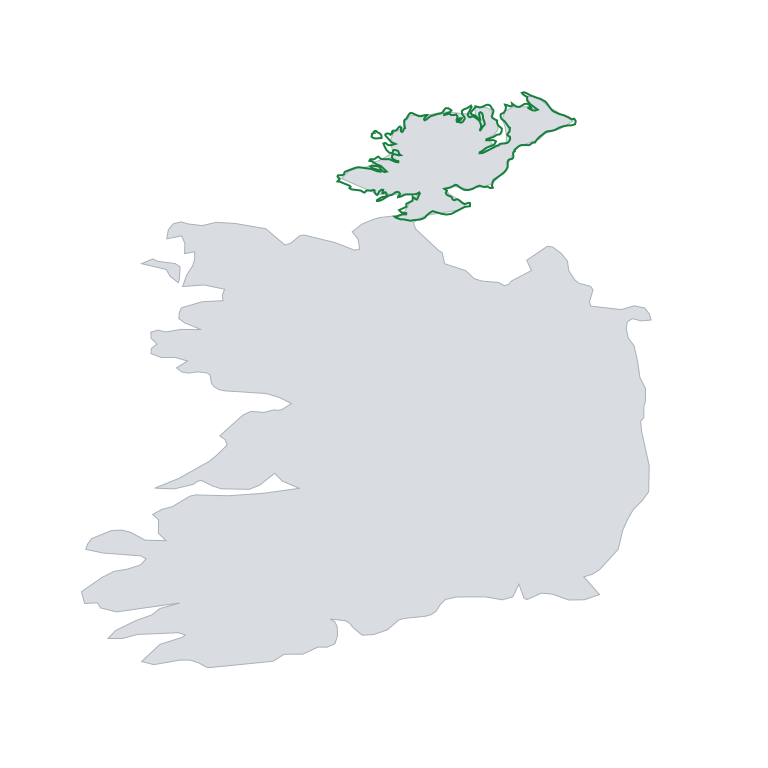 Donegal on a map of Ireland (Equal Earth projection), rotated 7°
{"feature_id": "IRL-729", "entity_name": "Donegal", "entity_type": "County", "adm_level": 1, "iso_a3": "IRL", "parent_name": "Ireland", "parent_adm1": "", "projection": "equal_earth", "projection_center": [-7.962, 54.925], "detail": "fine", "context": "in_parent", "style": "outline", "palette": "green", "viewbox_px": 768, "rotation_deg": 7, "n_neighbors": 0, "source": "natural_earth", "source_scale": "10m", "svg_char_len": 9638}
<svg xmlns="http://www.w3.org/2000/svg" viewBox="0 0 768 768"><g transform="rotate(7 384 384)"><path d="M508.0,122.3L488.5,132.1L485.4,135.8L480.0,150.9L479.4,155.2L467.1,171.9L460.2,175.4L449.8,178.1L444.0,180.8L436.6,179.4L427.2,179.6L422.5,182.6L422.7,184.9L425.5,187.6L442.9,195.3L441.9,198.6L437.0,202.2L405.9,211.3L396.6,216.7L393.4,220.4L396.7,226.4L421.6,244.6L425.8,246.6L429.5,257.2L451.4,261.6L460.4,268.3L468.2,269.9L485.0,269.3L491.8,271.8L495.6,269.9L497.8,266.4L516.5,253.4L510.6,243.8L529.5,227.3L534.8,227.6L543.7,232.6L551.1,239.6L553.5,248.9L560.5,257.3L565.0,260.2L577.1,261.9L580.0,265.2L577.9,277.4L579.8,281.5L610.6,281.2L622.9,275.9L633.5,276.8L638.9,282.3L641.3,287.9L632.1,290.0L622.5,288.9L617.9,292.6L617.7,299.7L621.0,308.9L627.5,315.5L632.8,330.2L637.3,346.6L644.1,356.5L645.6,368.8L644.7,374.8L646.0,385.7L643.3,389.6L645.5,399.8L657.2,432.8L659.8,458.7L654.4,468.4L647.0,477.7L642.3,488.6L638.7,500.4L636.6,519.5L620.7,541.9L613.8,547.5L605.9,551.0L623.5,566.7L609.3,573.7L593.7,575.9L576.4,572.0L565.6,572.5L552.0,580.6L548.9,579.2L542.3,566.2L537.7,579.6L527.7,583.8L510.7,582.9L482.2,586.5L471.3,590.3L466.7,596.2L463.4,603.1L458.9,607.2L453.9,609.3L431.9,614.4L427.5,616.4L417.3,627.6L404.0,634.0L392.9,636.0L383.0,629.5L379.0,625.6L374.4,623.6L359.3,623.9L364.1,625.9L367.1,630.5L368.6,639.3L366.9,647.9L359.4,652.2L350.5,653.1L336.4,662.0L317.8,664.4L307.7,672.7L246.0,686.6L242.5,686.8L234.0,683.3L224.8,681.7L215.6,682.8L189.7,690.6L177.3,689.0L193.4,669.7L214.9,659.9L217.2,657.2L210.2,655.9L169.5,662.7L155.3,668.5L141.1,670.2L147.8,661.3L166.2,649.3L182.0,641.3L188.9,634.2L208.1,626.2L146.2,642.8L130.0,640.8L126.2,636.1L113.6,638.3L109.0,627.1L127.9,610.2L138.9,602.9L151.9,599.0L164.4,593.3L169.1,586.4L163.3,584.2L126.0,586.0L108.2,584.5L109.3,579.1L112.7,573.0L131.3,562.7L141.3,561.0L150.2,562.0L165.9,568.1L186.8,566.1L178.2,559.6L176.8,546.2L170.2,541.7L178.8,535.5L188.6,531.7L205.1,518.9L210.9,517.0L243.2,513.9L278.0,507.1L312.5,497.9L294.8,492.7L286.4,485.9L272.7,499.7L262.9,505.0L235.3,507.8L226.5,506.2L214.3,501.9L210.4,503.6L206.8,506.9L188.5,513.7L169.2,515.3L191.7,502.8L220.3,481.8L226.7,475.1L235.8,463.6L233.0,458.5L227.3,455.5L248.0,431.8L255.2,427.5L268.3,426.8L278.0,423.1L282.2,423.1L286.0,421.7L294.5,414.6L281.5,410.1L268.1,407.8L226.6,410.2L221.2,409.7L216.0,407.5L212.7,404.4L210.3,396.4L207.3,394.6L197.9,394.6L188.7,397.0L182.3,396.8L176.0,393.3L186.2,385.1L173.2,383.1L160.0,384.8L149.1,382.3L148.8,377.1L153.9,372.0L147.4,367.2L146.2,361.0L153.2,358.0L160.7,359.0L176.2,354.5L195.9,352.3L179.1,347.8L172.4,344.0L172.1,338.1L173.6,333.1L193.2,324.6L214.1,320.9L212.7,315.3L214.2,309.3L193.2,307.6L172.3,311.8L174.7,300.3L179.8,289.9L180.9,283.1L180.0,275.8L170.2,278.9L169.2,268.6L165.1,261.6L150.7,266.4L151.2,257.1L155.4,250.6L163.0,247.8L170.4,249.0L184.3,248.9L197.7,244.0L217.0,242.8L247.7,244.3L268.7,258.1L274.2,255.6L282.7,246.9L286.7,245.9L318.5,249.7L338.2,254.7L343.5,253.2L340.7,243.5L333.9,236.8L342.5,228.1L352.9,222.1L359.8,219.2L375.8,215.5L382.8,212.1L387.5,200.8L394.9,191.5L354.8,196.3L316.7,185.3L322.8,177.5L330.8,173.0L344.7,169.6L346.1,165.6L353.1,162.2L364.7,153.3L360.5,141.7L362.8,133.2L371.2,127.7L373.8,119.8L377.5,114.0L394.4,111.9L410.7,106.5L435.7,105.8L442.2,108.0L440.7,98.4L452.5,97.2L457.1,99.1L459.2,105.8L464.5,110.2L466.2,117.7L462.6,123.5L456.6,127.9L462.1,132.5L453.6,140.8L462.8,137.3L475.9,129.2L475.2,122.6L472.9,114.2L469.3,106.7L470.9,98.5L478.3,93.3L497.5,90.7L489.6,81.4L496.6,80.5L504.3,82.5L515.6,89.8L539.6,100.0L527.9,109.1L513.6,115.4L508.0,122.3ZM168.1,304.1L167.5,308.6L158.4,303.0L154.0,296.9L128.7,294.1L139.3,288.0L144.4,289.8L162.3,290.0L167.3,292.6L168.1,304.1Z" fill="#d9dde1" stroke="#a8b0b8" stroke-width="1"/><path d="M504.5,125.8L502.1,126.4L501.0,127.4L500.1,128.4L499.0,129.2L491.2,130.1L489.7,130.9L488.4,131.9L485.0,135.8L485.5,137.1L485.2,137.4L484.5,137.6L484.0,138.7L484.7,142.6L484.6,143.8L483.7,144.9L483.5,145.1L481.1,145.8L480.1,146.7L479.6,148.6L480.2,152.5L480.2,154.1L478.9,157.3L476.9,160.1L468.0,168.1L467.2,170.1L467.0,174.0L467.4,175.1L468.1,175.6L468.1,176.0L466.4,176.5L465.1,176.4L462.8,175.5L459.1,176.3L454.8,175.5L452.6,176.4L448.3,179.5L444.1,181.2L439.9,181.5L435.8,179.9L432.2,177.7L430.5,177.6L426.3,180.7L420.1,182.9L422.2,184.1L422.9,184.4L422.0,186.7L423.0,188.3L425.1,189.3L427.2,189.7L428.2,190.2L429.5,192.2L430.5,192.9L431.5,193.0L433.4,191.9L434.4,191.7L436.1,192.4L440.1,195.0L442.0,195.5L444.1,194.8L446.0,193.8L447.3,194.0L447.7,197.0L442.5,198.4L430.2,206.9L425.4,208.2L420.6,208.1L411.1,206.5L408.5,208.6L406.0,211.3L404.5,213.6L403.8,214.2L402.4,215.2L399.4,216.5L392.8,217.9L390.5,218.8L390.4,218.8L390.1,218.7L383.2,218.2L380.7,218.6L375.3,217.4L374.1,216.6L375.7,216.4L381.3,213.5L385.3,212.9L385.3,211.7L381.2,211.6L379.4,211.0L377.8,209.5L384.6,205.4L384.2,202.4L390.0,198.6L389.7,194.8L391.0,195.4L391.9,196.1L392.8,196.7L394.3,196.9L395.8,191.9L396.4,190.6L396.1,190.3L395.9,190.2L395.6,189.6L393.2,191.3L390.7,192.2L382.3,193.2L377.8,195.9L375.2,196.9L375.2,196.0L376.5,194.6L376.6,193.2L375.8,192.1L374.0,191.6L372.1,192.3L368.9,195.3L365.8,196.4L360.0,201.1L358.3,202.1L356.5,202.9L354.7,203.2L354.7,202.3L357.8,199.7L359.7,198.5L362.0,198.1L363.7,196.9L363.3,194.7L361.8,193.4L359.9,194.8L359.1,194.8L359.5,191.4L357.9,191.4L355.8,193.5L354.8,196.4L354.1,197.3L352.8,196.6L351.6,195.3L351.1,194.2L351.2,193.6L351.1,193.0L350.1,192.7L349.3,192.8L348.0,193.5L347.2,193.7L344.2,193.9L342.8,194.3L341.4,196.4L339.9,196.1L337.4,194.8L328.0,194.8L325.8,193.7L326.8,192.3L325.7,191.4L315.4,188.6L313.2,188.6L313.6,188.0L313.9,187.5L314.3,186.9L314.9,186.4L314.9,185.4L313.3,184.7L312.5,183.6L312.8,182.6L314.5,182.2L316.3,182.0L317.8,181.5L318.8,180.4L319.1,178.5L320.5,177.4L329.4,172.8L332.5,171.9L345.0,172.1L351.5,173.7L354.8,173.7L354.8,172.8L346.2,171.2L343.9,169.5L345.8,168.8L351.4,168.6L352.8,169.0L354.3,170.9L356.3,172.7L358.6,173.6L360.8,172.8L354.3,168.0L349.6,166.8L345.2,164.5L342.3,164.3L342.8,162.8L343.7,162.4L344.9,162.4L346.4,162.2L347.6,161.5L349.3,159.9L350.7,159.0L353.1,160.8L355.8,161.0L361.7,160.2L368.5,162.2L371.1,162.2L371.1,161.1L368.9,160.9L366.2,160.0L364.2,158.4L364.3,155.9L366.0,154.6L370.9,155.2L372.7,154.8L371.1,153.9L369.7,151.1L368.1,150.6L365.8,150.4L365.1,150.6L364.6,151.2L364.4,152.3L364.4,153.3L364.3,153.8L360.8,153.7L357.9,151.4L355.7,148.3L354.1,145.4L355.7,144.6L356.9,145.0L358.0,145.9L359.7,146.4L361.4,146.2L363.0,145.7L366.1,144.3L362.4,143.2L359.7,141.2L355.0,137.1L355.0,135.9L356.0,135.2L357.3,134.9L358.7,135.0L360.1,135.9L361.4,134.4L361.7,133.8L361.0,133.8L361.6,131.7L362.6,131.3L363.8,131.4L365.2,130.8L367.6,127.1L368.5,126.5L369.7,127.4L370.0,131.0L371.2,131.7L371.9,131.1L372.7,128.3L373.7,127.5L372.3,123.0L371.9,120.3L372.4,119.1L373.8,118.1L375.8,113.4L377.1,111.8L379.0,111.7L385.9,113.9L388.2,113.6L392.0,112.1L394.0,111.8L393.2,113.2L392.4,114.2L391.7,115.1L391.5,116.6L392.1,117.3L393.6,116.5L397.3,112.7L404.7,109.3L407.1,108.7L408.9,107.5L410.0,105.0L411.5,102.8L414.3,102.5L417.6,104.2L416.5,105.9L410.9,108.7L410.9,109.7L416.1,107.7L416.9,108.1L417.7,108.9L419.6,108.7L421.6,108.2L422.7,107.6L424.4,109.7L424.4,110.7L423.9,112.5L425.0,112.2L426.8,111.1L428.7,110.7L428.1,112.2L427.1,113.2L425.9,113.7L424.4,113.9L424.4,114.9L426.7,114.9L428.1,115.2L429.2,115.1L430.4,113.9L431.8,111.1L431.5,109.5L428.7,106.6L428.0,103.5L429.9,101.6L433.2,99.9L436.3,97.2L436.6,98.0L437.2,98.4L434.4,105.5L434.2,106.6L434.4,106.9L434.8,107.5L435.4,108.2L436.3,108.7L437.4,108.7L438.6,107.7L439.7,107.6L441.4,108.1L444.0,109.4L446.3,110.9L447.3,112.3L447.6,112.9L448.7,114.9L449.0,116.0L449.0,117.1L448.4,119.8L448.2,121.2L449.1,119.8L451.1,115.8L452.0,114.9L452.4,113.9L451.6,111.4L450.4,109.1L449.9,108.1L449.7,106.6L449.1,104.7L448.0,103.0L446.5,102.5L445.5,103.6L445.8,105.8L446.6,108.1L447.3,109.7L445.6,109.5L444.4,108.6L443.4,107.5L442.3,106.6L438.6,105.8L437.1,104.9L437.6,103.0L440.9,98.1L440.9,97.2L445.4,97.8L447.3,97.2L451.7,94.5L453.3,94.1L455.4,94.7L456.7,96.2L457.7,97.7L458.8,98.4L459.4,99.5L459.2,101.9L458.6,104.2L458.3,105.0L459.0,106.4L460.6,107.4L464.2,108.7L464.2,110.5L465.3,112.6L466.7,114.2L468.1,114.9L469.8,116.1L470.0,118.6L469.3,121.1L468.1,122.3L466.2,122.6L464.8,123.6L462.5,125.5L455.8,128.6L455.8,129.6L463.2,128.6L465.6,129.5L464.3,132.8L462.8,133.9L456.7,137.1L452.6,141.2L450.8,142.3L450.8,143.3L453.3,142.8L455.5,141.7L467.3,133.5L468.5,133.3L469.6,131.7L472.1,130.9L474.9,130.4L477.1,129.6L478.6,127.8L479.4,125.3L478.8,123.2L476.6,122.3L476.0,121.6L476.5,120.2L477.8,118.1L477.8,114.4L476.9,114.2L471.9,108.7L469.0,107.0L468.0,106.1L467.5,105.1L467.0,103.4L467.0,102.0L469.8,100.2L471.1,97.5L471.4,94.5L470.1,92.0L472.2,92.2L474.0,92.8L475.8,93.0L477.7,92.0L477.4,91.5L477.2,91.2L477.2,90.8L476.9,90.0L479.4,91.5L482.0,92.6L484.7,92.5L489.4,88.9L491.9,88.4L494.4,89.3L496.3,92.0L493.7,92.1L492.8,92.0L495.2,93.3L497.9,94.2L500.7,94.2L503.1,93.0L495.2,88.5L491.5,85.2L491.2,81.6L487.9,80.3L486.4,79.3L485.4,78.3L487.3,77.4L489.5,77.8L493.7,79.5L502.2,81.6L504.2,81.8L509.0,83.7L510.6,84.7L517.0,91.5L518.9,92.7L525.0,94.7L529.6,95.3L535.2,97.0L537.8,98.4L540.5,97.5L542.3,99.8L541.9,103.0L538.2,104.5L534.8,105.0L530.7,106.3L526.8,108.1L522.6,111.1L518.6,112.6L515.2,113.3L513.6,114.4L508.2,119.8L506.3,122.3L504.7,125.1L504.5,125.8ZM346.5,134.9L348.5,135.5L350.0,136.3L351.1,137.6L351.6,140.1L346.2,141.3L343.5,141.2L341.5,140.1L341.5,139.2L341.8,138.5L341.8,138.4L341.7,138.2L341.5,137.1L343.3,136.1L344.0,135.9L343.7,135.5L343.4,135.1L343.2,134.9L344.2,134.0L345.1,133.8L345.9,134.2L346.5,134.9Z" fill="none" stroke="#15803d" stroke-width="2"/></g></svg>